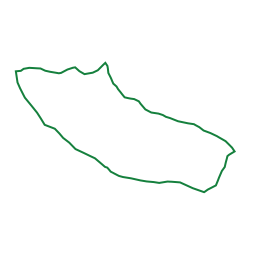 Mopa-Muro, Kogi, Nigeria (Albers equal-area conic projection), rotated 260°
{"feature_id": "59680162B35933805912396", "entity_name": "Mopa-Muro", "entity_type": "district", "adm_level": 2, "iso_a3": "NGA", "parent_name": "Nigeria", "parent_adm1": "Kogi", "projection": "albers", "projection_center": [5.939, 8.139], "detail": "fine", "context": "isolated", "style": "outline", "palette": "green", "viewbox_px": 256, "rotation_deg": 260, "n_neighbors": 0, "source": "geoboundaries", "source_scale": "gbopen_adm2", "svg_char_len": 1438}
<svg xmlns="http://www.w3.org/2000/svg" viewBox="0 0 256 256"><g transform="rotate(260 128 128)"><path d="M86.4,228.9L90.5,227.1L94.3,224.5L98.1,221.8L100.7,218.7L102.6,216.4L103.7,215.1L104.5,214.2L108.7,208.3L112.4,202.0L113.3,201.2L116.4,198.4L119.1,195.0L120.3,193.6L122.2,187.9L122.8,186.4L126.0,178.4L130.5,171.1L132.4,167.3L134.7,164.6L136.9,160.5L139.2,153.6L143.3,148.3L148.6,145.2L149.8,144.5L152.4,143.3L155.4,139.1L156.5,135.7L157.4,133.3L158.8,130.0L162.2,128.1L164.5,126.9L167.9,125.0L170.9,123.9L174.3,121.2L175.6,120.9L176.8,120.6L179.1,120.1L180.7,119.7L185.6,118.2L190.1,118.5L192.7,118.5L196.1,117.0L194.6,114.7L190.1,108.3L188.6,102.9L188.6,99.4L188.6,94.5L192.4,90.0L196.9,86.5L196.9,84.2L196.1,78.5L193.9,71.7L193.9,69.4L194.6,67.5L195.7,64.4L196.9,61.0L198.8,56.4L201.8,52.2L202.5,49.2L204.4,41.2L204.4,38.9L204.4,35.5L202.9,32.4L203.3,27.4L192.0,27.1L188.8,27.9L185.9,28.6L179.0,30.7L175.8,31.7L167.1,36.6L158.9,41.1L152.5,43.8L145.6,46.5L140.0,55.8L134.5,59.5L129.5,62.4L123.8,67.6L116.4,72.6L111.2,80.0L106.8,86.1L103.9,90.2L96.8,96.1L93.7,98.6L92.6,100.7L90.3,102.1L88.0,103.4L82.4,110.7L80.6,114.5L77.9,122.3L74.2,131.2L72.1,137.2L70.3,143.9L68.5,149.2L68.4,157.6L67.4,162.0L65.4,169.8L57.5,181.3L51.6,191.8L51.7,192.1L53.5,195.9L56.2,204.6L61.1,207.7L63.0,208.8L69.4,213.0L69.6,213.2L72.8,216.5L77.3,218.4L81.1,220.2L83.0,221.0L84.1,222.9L86.4,228.9Z" fill="none" stroke="#15803d" stroke-width="2"/></g></svg>